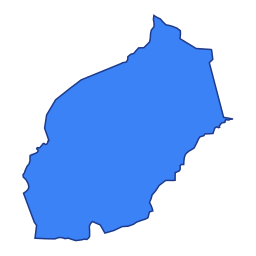 outline of San Juan Yaeé, Oaxaca, Mexico
{"feature_id": "50627088B32639948648088", "entity_name": "San Juan Yaeé", "entity_type": "district", "adm_level": 2, "iso_a3": "MEX", "parent_name": "Mexico", "parent_adm1": "Oaxaca", "projection": "mercator", "projection_center": [-96.28, 17.445], "detail": "fine", "context": "isolated", "style": "filled", "palette": "blue", "viewbox_px": 256, "rotation_deg": 0, "n_neighbors": 0, "source": "geoboundaries", "source_scale": "gbopen_adm2", "svg_char_len": 2155}
<svg xmlns="http://www.w3.org/2000/svg" viewBox="0 0 256 256"><path d="M104.9,233.1L113.9,230.5L122.1,226.6L128.2,226.2L133.6,224.2L135.4,222.9L137.1,221.9L142.2,220.1L145.3,219.1L147.9,217.8L149.5,211.9L152.8,210.9L152.2,208.4L151.0,205.4L149.5,202.4L151.1,198.7L152.1,194.9L154.4,192.3L156.3,189.9L159.1,185.5L165.5,180.5L168.1,180.4L172.1,180.5L175.1,180.3L175.1,176.7L175.2,172.7L177.1,171.8L178.9,171.1L180.1,169.6L180.2,167.3L180.1,165.5L181.5,164.5L183.7,164.5L183.9,161.0L184.3,157.9L185.2,154.8L186.3,153.3L188.9,151.1L191.9,149.4L194.0,148.1L195.9,144.5L196.9,142.6L198.6,138.8L200.0,136.8L203.8,135.7L205.0,133.9L208.0,133.8L213.0,133.5L213.9,130.6L214.9,128.0L216.7,126.8L218.4,127.7L219.6,127.3L219.3,126.0L220.6,124.2L221.9,122.8L224.3,122.5L225.1,122.0L225.0,121.3L225.4,120.4L225.7,119.7L227.1,119.9L228.9,120.0L230.2,119.3L233.0,119.0L223.6,117.3L209.3,62.7L212.8,59.3L211.6,49.9L211.1,49.5L196.1,48.5L180.0,38.7L180.5,33.5L180.3,30.6L178.5,29.4L177.4,28.4L174.1,27.0L170.3,25.7L165.9,24.8L162.8,21.8L160.4,19.0L157.5,17.6L155.5,16.5L153.9,15.4L153.6,17.4L153.4,19.4L154.0,22.9L154.1,26.6L151.4,30.0L150.6,33.4L150.2,38.8L149.5,42.0L143.9,47.7L138.6,47.9L135.8,51.0L133.7,53.5L130.9,54.2L127.9,56.6L127.6,60.0L126.1,62.1L122.7,62.7L120.5,63.8L81.3,79.8L70.2,88.2L55.6,99.8L46.6,115.0L44.6,128.1L48.9,140.6L48.4,141.2L48.0,141.1L47.6,142.8L47.2,143.4L46.6,144.2L46.0,144.4L44.9,144.2L44.2,143.5L43.7,143.5L43.0,143.7L41.4,145.9L40.7,146.5L40.4,147.1L39.5,147.8L38.9,147.7L38.5,147.9L37.4,147.6L37.1,147.9L36.7,148.8L37.9,150.0L38.1,150.8L37.8,151.8L37.0,152.5L35.6,153.3L34.3,153.7L33.5,154.2L32.7,154.4L32.1,154.4L31.8,155.1L30.5,155.2L30.1,155.5L30.0,157.0L30.0,160.8L29.0,164.0L27.1,166.2L25.2,170.4L24.4,172.9L23.0,174.7L23.3,177.1L25.8,179.5L26.8,181.1L28.2,183.8L28.9,187.0L27.9,189.6L25.9,191.6L23.5,193.2L34.3,222.2L36.6,225.3L35.0,238.2L45.1,238.7L54.8,238.9L59.0,237.5L62.5,237.7L64.7,238.6L68.4,238.2L72.5,239.6L75.8,240.6L81.8,239.8L84.4,239.1L86.8,239.5L88.6,238.0L89.6,236.4L89.6,234.8L89.6,230.5L89.4,228.1L89.4,226.2L90.5,223.6L92.4,221.5L100.3,225.0L104.9,233.1Z" fill="#3b82f6" stroke="#1e3a8a" stroke-width="1.5"/></svg>